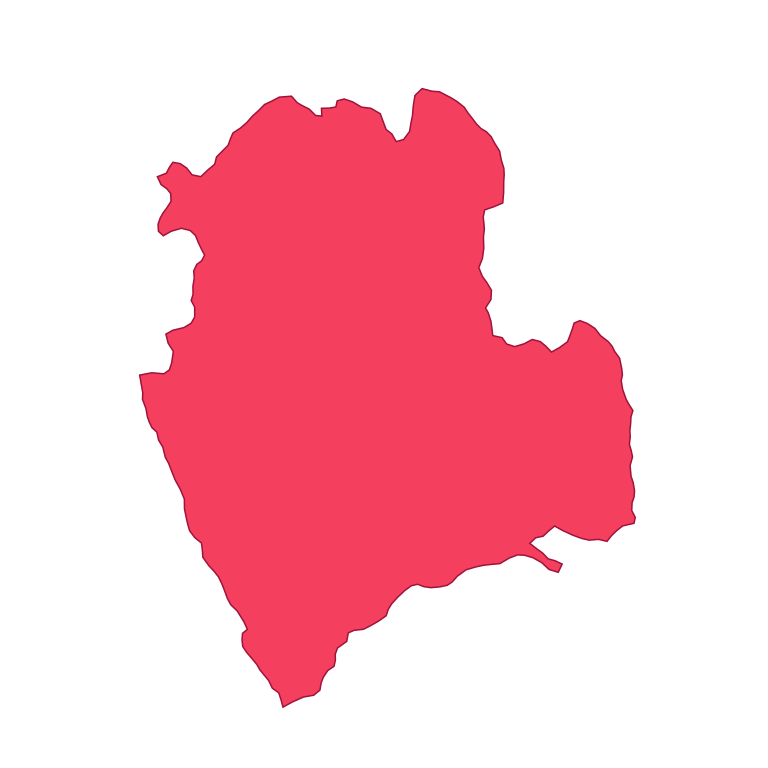 outline of São Gonçalo do Sapucaí, Minas Gerais, Brazil, rotated 80°
{"feature_id": "56859067B18713004927046", "entity_name": "São Gonçalo do Sapucaí", "entity_type": "district", "adm_level": 2, "iso_a3": "BRA", "parent_name": "Brazil", "parent_adm1": "Minas Gerais", "projection": "mercator", "projection_center": [-45.596, -21.903], "detail": "fine", "context": "isolated", "style": "filled", "palette": "rose", "viewbox_px": 768, "rotation_deg": 80, "n_neighbors": 0, "source": "geoboundaries", "source_scale": "gbopen_adm2", "svg_char_len": 3471}
<svg xmlns="http://www.w3.org/2000/svg" viewBox="0 0 768 768"><g transform="rotate(80 384 384)"><path d="M577.7,191.7L572.8,186.2L568.7,180.1L565.2,173.6L564.6,162.0L559.0,159.7L551.6,162.0L544.1,160.3L538.8,157.4L532.7,155.8L524.7,155.7L517.7,156.7L507.0,155.8L499.0,151.9L492.7,152.1L485.9,152.8L479.4,150.8L472.4,149.9L466.3,148.1L459.3,146.5L453.4,143.5L447.4,146.0L441.5,148.1L430.8,149.9L421.9,149.8L416.4,147.6L410.3,147.2L399.6,147.5L391.9,151.2L386.4,152.8L381.2,155.8L373.9,162.4L365.9,166.6L359.7,173.2L355.6,180.1L357.0,186.2L362.0,188.7L368.3,192.3L374.2,195.9L378.5,204.6L381.6,213.5L374.8,218.1L369.3,222.8L365.9,230.3L368.7,238.8L369.9,248.7L365.9,256.3L358.9,259.6L355.2,268.5L348.8,268.1L340.9,267.8L332.3,268.9L326.7,270.8L319.4,264.0L310.3,261.9L302.0,265.1L295.0,268.5L285.8,270.4L277.5,265.3L267.9,262.2L256.4,260.5L249.0,258.3L243.3,257.7L236.8,257.3L230.0,254.6L228.5,244.8L226.3,235.6L216.1,232.9L205.8,231.0L198.8,229.3L192.4,228.5L183.5,229.6L174.7,229.7L166.1,233.2L158.9,235.6L153.3,239.4L149.3,244.1L144.1,247.7L138.2,250.7L131.9,254.1L125.4,256.9L118.7,262.8L113.8,268.2L110.1,273.1L105.8,278.7L104.0,285.9L99.7,295.2L105.2,303.4L115.9,307.1L125.1,309.5L131.3,312.0L139.8,315.0L146.6,322.2L147.4,329.9L139.2,332.8L133.7,337.7L126.3,339.1L117.2,340.7L110.2,349.0L107.4,358.1L100.7,365.9L96.4,373.7L97.0,380.9L102.8,383.3L102.8,390.1L101.6,397.7L109.3,398.7L107.7,404.7L100.3,409.9L95.8,416.0L91.9,420.6L84.5,425.1L83.3,437.3L86.0,445.7L88.0,453.1L92.9,460.0L97.3,467.0L102.8,473.9L107.1,481.1L110.5,489.1L115.9,492.7L121.8,496.0L126.7,503.0L131.3,509.5L138.2,512.6L142.5,520.1L148.0,528.4L144.7,536.7L137.0,540.9L131.6,546.4L129.0,553.4L133.1,557.5L138.6,561.7L140.5,571.2L149.0,568.9L154.0,564.0L159.3,561.0L167.1,562.0L173.2,567.6L177.2,571.9L181.7,575.6L187.5,578.8L194.5,579.6L199.7,575.6L196.6,567.0L195.5,556.5L199.2,548.2L205.0,543.9L212.4,542.3L219.1,540.5L225.9,538.3L231.0,542.2L233.7,547.6L239.6,551.8L246.8,552.5L254.5,555.2L262.6,556.5L268.3,559.4L275.3,557.1L285.1,558.8L290.7,563.4L293.7,571.2L294.4,582.8L297.0,590.1L306.3,589.5L315.2,585.8L326.5,589.5L332.9,593.0L335.7,599.0L332.6,610.8L332.8,623.1L342.1,623.1L350.9,623.1L357.1,624.5L366.9,622.7L375.1,622.7L380.8,621.8L386.7,620.1L391.9,616.1L400.2,615.7L407.8,612.8L418.2,612.1L424.6,609.9L433.8,608.1L442.7,606.2L452.3,602.9L462.6,600.6L472.4,602.2L479.8,602.0L487.4,601.7L494.8,600.9L502.3,597.1L508.9,591.4L515.6,591.7L523.2,592.5L532.4,588.1L539.2,583.7L545.2,580.5L552.5,578.4L559.9,576.9L567.9,575.5L574.9,573.2L582.0,568.0L593.5,563.4L601.9,561.1L604.9,566.6L611.5,568.3L618.0,568.7L624.2,566.0L631.0,562.0L638.0,558.0L644.1,555.8L649.6,552.7L656.0,549.1L664.2,546.8L669.8,541.3L676.7,540.3L684.7,539.6L681.4,530.0L678.3,517.8L678.3,507.3L674.4,500.3L667.3,497.7L662.4,494.8L656.4,489.1L653.3,482.2L647.4,479.8L641.6,478.9L635.9,475.6L631.0,465.4L622.9,462.4L621.4,456.2L622.0,446.8L619.6,439.0L616.5,430.4L612.6,422.1L606.6,418.9L601.8,414.6L596.4,407.6L591.1,399.6L587.4,392.1L587.1,385.5L590.4,380.2L592.7,373.3L593.5,364.1L593.2,356.6L590.8,351.2L586.1,345.3L581.2,335.4L580.1,325.3L579.8,317.5L580.2,311.0L581.0,301.1L577.1,290.6L575.5,282.0L577.1,275.2L581.0,267.4L587.4,259.6L595.3,253.7L599.7,245.1L592.3,239.8L587.8,246.1L584.7,252.7L578.3,256.9L573.1,261.9L566.3,268.1L561.8,261.3L561.5,253.7L558.0,248.4L553.5,240.7L559.3,233.5L565.7,224.3L570.6,215.8L573.4,209.1L574.3,199.6L577.7,191.7Z" fill="#f43f5e" stroke="#9f1239" stroke-width="1.5"/></g></svg>